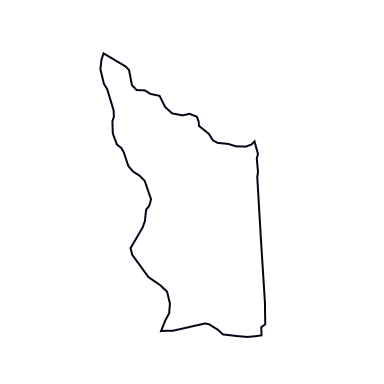 the district of Río Blanco, San Marcos, Guatemala, rotated 346°
{"feature_id": "79465075B55305987595848", "entity_name": "Río Blanco", "entity_type": "district", "adm_level": 2, "iso_a3": "GTM", "parent_name": "Guatemala", "parent_adm1": "San Marcos", "projection": "mercator", "projection_center": [-91.688, 15.047], "detail": "fine", "context": "isolated", "style": "outline", "palette": "ink", "viewbox_px": 384, "rotation_deg": 346, "n_neighbors": 0, "source": "geoboundaries", "source_scale": "gbopen_adm2", "svg_char_len": 1028}
<svg xmlns="http://www.w3.org/2000/svg" viewBox="0 0 384 384"><g transform="rotate(346 192 192)"><path d="M139.7,36.1L136.2,41.7L132.8,50.8L132.7,65.6L134.6,71.8L135.7,94.0L134.3,100.4L131.9,104.0L129.3,116.1L130.6,127.7L134.2,132.4L135.4,137.1L136.5,151.4L139.8,158.0L145.1,163.5L148.8,169.8L150.5,189.2L147.2,195.0L143.2,198.1L139.3,208.8L135.5,214.5L118.8,231.6L118.8,238.5L129.2,264.1L138.6,274.7L143.7,282.8L143.6,294.9L140.5,304.2L135.1,310.0L128.3,319.5L133.4,320.4L139.7,322.0L172.7,322.7L176.5,324.4L183.9,332.1L187.6,337.7L192.5,339.5L200.0,342.4L210.6,346.0L218.7,347.3L224.8,347.9L226.5,339.9L228.7,339.1L231.1,338.0L236.1,316.5L247.4,254.7L259.0,193.0L260.9,188.5L262.9,175.4L265.2,171.0L264.9,158.0L261.2,160.3L255.4,161.0L245.9,158.4L238.7,154.1L228.7,150.5L224.8,147.0L222.5,139.8L214.8,129.6L215.5,125.2L214.9,120.1L208.4,115.5L201.5,115.4L191.7,110.9L186.5,103.0L183.8,90.9L175.5,86.8L170.6,81.9L162.9,79.7L159.6,73.8L160.4,58.4L157.9,54.1L139.7,36.1Z" fill="none" stroke="#020617" stroke-width="2"/></g></svg>